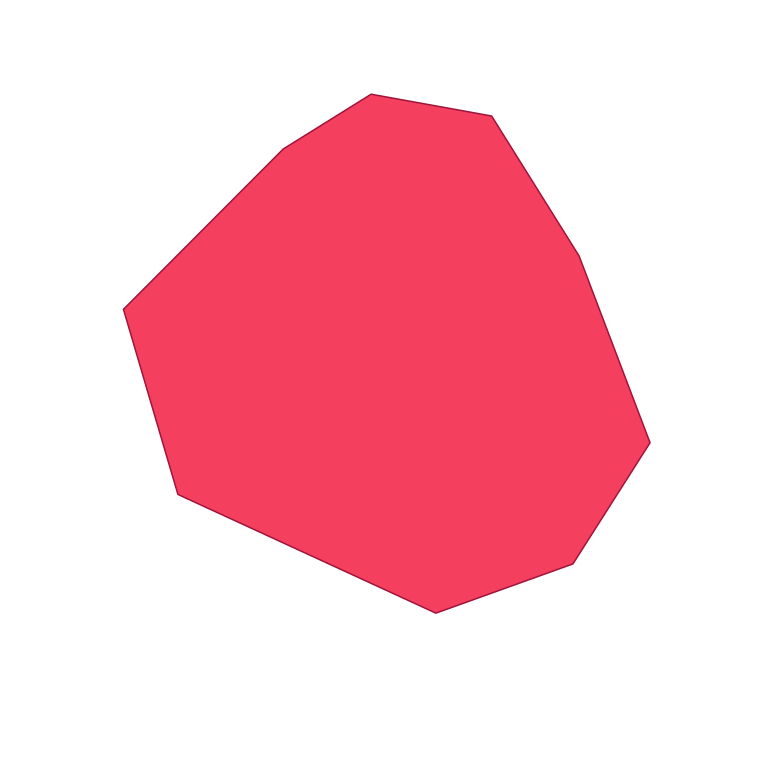 map outline of Leicester (Equal Earth projection), rotated 58°
{"feature_id": "GBR-2761", "entity_name": "Leicester", "entity_type": "Unitary Authority", "adm_level": 1, "iso_a3": "GBR", "parent_name": "United Kingdom", "parent_adm1": "", "projection": "equal_earth", "projection_center": [-1.124, 52.611], "detail": "fine", "context": "isolated", "style": "filled", "palette": "rose", "viewbox_px": 768, "rotation_deg": 58, "n_neighbors": 0, "source": "natural_earth", "source_scale": "10m", "svg_char_len": 290}
<svg xmlns="http://www.w3.org/2000/svg" viewBox="0 0 768 768"><g transform="rotate(58 384 384)"><path d="M378.8,150.7L574.8,189.5L636.7,319.1L605.8,461.5L368.5,617.3L182.6,565.4L131.3,344.9L131.4,241.4L213.8,150.7L378.8,150.7Z" fill="#f43f5e" stroke="#9f1239" stroke-width="1.5"/></g></svg>